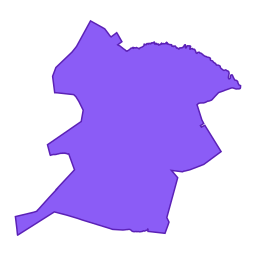 outline of Kabwe, Central, Zambia
{"feature_id": "96606910B72559103883158", "entity_name": "Kabwe", "entity_type": "district", "adm_level": 2, "iso_a3": "ZMB", "parent_name": "Zambia", "parent_adm1": "Central", "projection": "albers", "projection_center": [28.455, -14.458], "detail": "fine", "context": "isolated", "style": "filled", "palette": "violet", "viewbox_px": 256, "rotation_deg": 0, "n_neighbors": 0, "source": "geoboundaries", "source_scale": "gbopen_adm2", "svg_char_len": 5455}
<svg xmlns="http://www.w3.org/2000/svg" viewBox="0 0 256 256"><path d="M16.6,229.2L16.9,229.1L17.5,234.9L17.7,235.1L54.3,211.9L66.7,215.1L77.7,218.4L82.0,219.9L110.0,228.5L112.6,229.4L123.0,230.0L125.0,229.8L126.3,229.6L127.2,229.6L128.2,229.4L129.4,229.4L129.8,229.4L130.7,229.9L131.2,230.3L132.1,231.2L132.6,231.4L134.0,231.7L136.1,231.5L136.8,231.7L137.8,231.6L138.7,231.6L139.4,231.8L139.9,231.8L142.5,231.4L143.3,230.8L143.6,230.8L144.1,231.1L145.1,230.9L145.6,230.5L146.1,230.5L147.3,230.0L147.6,229.3L147.8,229.1L148.0,229.4L148.0,229.6L147.8,230.4L148.2,230.9L148.5,230.8L148.2,231.1L148.1,231.4L165.0,233.3L167.9,225.4L169.0,222.1L166.8,217.6L177.7,177.7L171.4,170.4L182.5,171.8L184.2,171.0L184.6,171.1L189.8,169.8L203.8,164.4L221.1,151.6L204.8,125.3L201.4,127.1L200.4,125.6L203.7,123.5L201.8,119.8L197.7,106.8L197.0,104.8L198.7,103.3L200.2,103.0L202.6,102.9L203.7,102.9L205.6,102.3L207.8,101.1L208.6,101.1L209.1,101.0L211.5,100.1L212.2,99.5L214.9,96.5L218.6,92.6L224.0,90.7L224.5,90.4L227.1,89.5L231.6,87.9L232.8,87.9L235.8,88.9L236.8,89.0L237.8,88.8L238.9,88.9L239.7,88.7L240.1,88.5L240.4,88.0L240.5,87.1L240.6,85.7L240.1,85.4L239.1,85.0L238.8,84.7L238.0,83.0L237.7,81.6L236.9,80.7L236.0,80.3L235.1,80.2L234.5,79.6L233.5,77.7L232.7,75.9L232.4,75.2L232.1,74.9L231.3,74.9L231.0,75.0L230.7,75.6L230.5,76.0L230.3,77.9L230.1,78.4L229.3,78.9L229.1,78.9L228.7,78.7L228.4,77.9L228.4,77.1L228.7,75.3L229.1,73.7L229.1,73.4L228.9,72.3L228.8,71.9L228.4,71.3L227.8,71.0L226.8,70.6L226.2,70.1L225.6,69.9L225.4,69.9L224.2,70.4L223.7,70.4L223.4,70.2L221.2,68.5L220.6,67.8L220.3,67.2L220.2,66.3L219.8,65.9L219.1,65.5L218.4,65.2L216.4,65.0L216.0,64.3L215.6,63.6L215.2,63.2L214.8,63.2L214.5,63.0L213.9,62.4L213.5,62.3L213.0,61.4L212.5,60.9L210.7,60.3L210.5,60.1L210.3,59.5L210.4,58.4L209.7,57.7L209.3,57.6L208.9,57.4L207.8,57.2L207.3,57.2L206.2,56.5L205.8,56.5L205.5,56.3L205.2,56.4L203.9,55.6L203.8,55.4L203.1,55.0L202.8,54.5L202.4,54.4L201.8,53.7L200.8,53.1L199.9,53.1L199.4,52.3L198.7,52.3L198.2,52.3L197.5,52.6L197.0,53.3L196.7,53.3L196.5,53.2L196.0,52.7L195.7,51.3L195.1,50.5L195.1,50.1L194.5,49.3L193.1,49.3L192.8,49.1L192.6,48.6L192.3,48.5L191.0,48.7L190.6,49.2L189.9,49.2L189.8,48.8L190.3,48.5L190.4,47.9L190.0,47.5L190.0,47.1L190.6,46.5L190.5,46.2L190.0,45.9L189.3,45.9L188.8,45.8L188.3,45.9L187.9,45.8L187.3,45.8L186.7,46.7L186.5,46.8L186.5,47.4L186.3,47.7L186.0,47.9L185.6,47.9L185.3,47.6L185.3,47.3L185.4,47.1L185.5,45.4L185.3,44.8L184.6,44.9L184.5,45.0L184.1,46.0L183.6,46.3L183.4,46.7L183.2,46.8L183.1,47.1L182.8,47.5L182.3,47.7L182.1,47.7L181.9,47.8L181.7,47.7L181.0,48.0L180.8,47.9L180.4,48.0L180.1,47.8L179.8,47.9L179.3,48.4L179.0,49.0L178.8,49.0L178.3,48.8L178.2,48.5L178.0,48.3L177.7,48.1L177.0,48.2L176.9,47.9L176.8,47.7L176.3,47.7L175.7,46.5L175.4,46.3L175.2,46.3L175.0,46.0L174.6,46.2L174.0,46.1L173.6,46.4L173.4,46.1L173.1,46.1L172.7,46.3L172.5,46.2L172.5,46.3L172.2,46.3L172.2,46.2L171.6,45.6L171.6,45.4L171.8,45.3L171.8,45.1L171.5,44.7L170.6,44.7L170.4,44.7L170.0,44.5L169.0,44.5L168.3,44.0L167.6,44.0L167.6,43.9L167.1,43.9L166.9,43.3L167.2,43.2L167.2,43.3L167.3,43.3L167.4,43.2L167.2,43.0L167.2,42.9L166.9,42.6L166.8,42.8L166.5,42.6L166.4,42.8L166.2,42.7L165.9,42.9L165.9,43.4L165.7,43.6L165.4,43.6L164.5,43.8L164.3,43.7L163.4,43.8L163.2,43.5L162.8,43.5L162.4,43.7L162.2,43.9L162.0,44.0L161.7,43.8L161.7,43.7L161.5,43.4L161.4,43.6L161.1,43.6L161.0,43.8L161.1,44.1L160.7,44.3L160.5,44.2L160.3,44.4L159.9,44.6L159.8,44.8L159.3,44.8L159.2,44.9L158.6,45.0L158.4,44.7L158.5,44.5L158.5,44.1L158.3,44.0L157.8,44.1L157.4,44.3L157.2,44.3L157.2,44.1L156.9,44.0L156.8,43.8L156.6,43.9L156.5,43.5L156.2,43.5L155.8,43.5L155.7,43.6L155.7,43.4L155.3,43.4L155.3,43.6L154.9,43.9L154.8,44.0L154.5,43.8L154.3,43.5L154.5,43.4L154.5,43.2L154.5,42.5L154.3,42.2L154.2,42.3L154.2,42.5L154.0,42.2L153.7,42.3L153.2,42.6L152.5,42.8L152.4,43.0L152.1,43.1L151.6,42.9L151.5,43.1L151.2,43.2L151.2,43.5L150.7,43.7L150.4,43.7L150.1,43.8L149.9,43.6L149.7,43.5L149.7,43.4L148.9,43.4L148.9,43.6L148.5,43.7L148.5,44.0L148.3,44.1L147.2,43.5L146.9,43.6L146.7,43.8L146.6,44.1L146.5,44.4L146.4,44.6L145.9,44.7L145.5,44.5L145.0,44.7L144.9,44.5L144.7,44.6L144.7,44.4L144.5,44.2L144.1,44.3L144.2,44.6L144.2,44.8L144.1,45.1L143.9,45.7L143.5,46.1L142.2,47.0L140.7,47.6L140.2,47.7L139.1,48.8L138.9,48.7L137.8,48.0L136.8,47.8L136.3,47.5L135.8,47.9L135.6,47.9L135.2,47.9L134.6,47.7L134.2,47.8L133.8,48.1L133.6,48.2L133.5,47.7L133.2,47.4L132.8,47.5L132.8,47.8L132.5,48.1L131.1,48.1L130.9,48.4L130.3,48.8L130.0,49.2L128.0,50.6L127.6,50.7L127.4,51.0L127.2,51.1L126.8,50.9L126.3,51.1L125.0,49.8L123.0,48.5L122.6,48.0L121.8,47.5L121.1,46.9L120.0,46.0L119.4,45.7L118.4,45.3L117.7,44.8L121.9,41.7L117.6,34.1L116.7,32.7L111.1,36.9L110.3,36.2L109.3,35.0L108.5,33.8L104.7,28.8L90.5,20.9L76.6,46.3L75.3,48.0L72.0,52.1L55.9,67.5L52.6,76.3L54.7,92.7L57.1,92.8L73.6,94.6L73.8,94.7L75.9,96.7L78.9,101.5L83.2,110.2L81.2,121.5L47.5,144.7L50.2,155.1L50.5,155.3L50.8,155.3L51.3,154.9L52.1,154.7L52.9,154.7L53.2,154.6L53.3,154.5L53.9,154.4L54.6,154.6L55.0,154.5L55.6,154.5L56.6,154.3L57.8,153.9L58.3,153.9L59.2,153.6L60.4,153.4L60.5,153.3L62.0,153.3L62.5,153.1L62.9,153.3L63.1,153.1L63.4,153.1L64.2,153.3L64.9,153.0L65.4,153.4L66.1,153.4L66.9,153.6L67.2,153.9L67.5,154.0L67.8,154.0L68.2,153.8L68.8,153.9L69.1,154.9L74.5,169.8L56.6,189.0L57.0,189.0L50.0,196.5L38.1,209.7L37.5,210.2L37.1,210.7L36.9,211.2L33.8,212.2L15.4,216.6L16.9,228.9L16.6,229.2Z" fill="#8b5cf6" stroke="#5b21b6" stroke-width="1.5"/></svg>